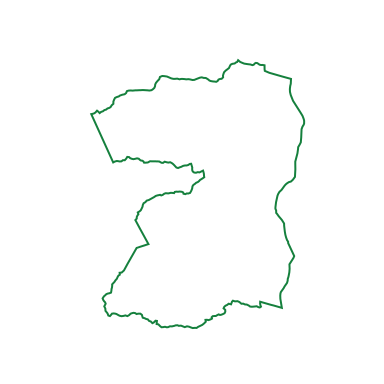 Parambu, Ceará, Brazil (orthographic projection), rotated 196°
{"feature_id": "56859067B29011141793469", "entity_name": "Parambu", "entity_type": "district", "adm_level": 2, "iso_a3": "BRA", "parent_name": "Brazil", "parent_adm1": "Ceará", "projection": "orthographic", "projection_center": [-40.595, -6.298], "detail": "fine", "context": "isolated", "style": "outline", "palette": "green", "viewbox_px": 384, "rotation_deg": 196, "n_neighbors": 0, "source": "geoboundaries", "source_scale": "gbopen_adm2", "svg_char_len": 5333}
<svg xmlns="http://www.w3.org/2000/svg" viewBox="0 0 384 384"><g transform="rotate(196 192 192)"><path d="M104.0,282.6L103.8,285.3L103.2,287.4L103.1,288.7L103.8,291.3L104.5,292.6L105.5,294.0L106.8,295.7L109.5,298.2L120.0,307.5L123.8,312.4L125.4,315.2L126.3,317.9L126.8,320.9L126.9,323.3L128.0,328.0L136.7,327.9L150.5,327.9L155.4,328.5L156.1,330.1L157.2,333.8L159.1,333.6L160.6,333.1L162.2,333.0L163.5,333.5L164.8,333.9L166.2,333.7L167.1,332.8L167.8,331.3L168.9,330.6L171.0,330.7L173.3,330.3L177.2,329.8L179.2,330.0L181.5,330.3L184.0,331.4L184.4,329.5L185.5,328.6L186.4,327.3L188.6,326.3L189.9,325.1L190.3,323.6L190.6,321.4L191.8,319.7L193.1,318.0L194.2,315.9L194.3,314.0L194.3,312.4L193.7,310.8L194.7,309.0L196.2,308.4L197.5,307.4L198.0,305.7L199.1,304.6L200.6,304.4L202.7,304.0L204.8,303.8L206.1,304.0L207.3,304.6L208.6,305.0L210.2,305.4L212.2,304.9L214.2,304.9L215.9,304.1L218.8,301.9L220.7,300.4L222.4,299.8L224.9,299.7L226.5,299.5L228.6,298.7L230.2,298.5L232.2,298.1L233.8,297.6L235.0,296.9L237.4,296.9L240.0,295.9L241.3,295.6L243.3,295.5L245.5,295.8L247.9,296.1L249.4,295.9L250.8,295.7L252.6,295.3L254.5,293.8L254.6,291.3L255.5,289.7L256.2,288.2L256.7,287.0L257.0,285.2L256.7,283.5L256.9,281.7L257.9,280.0L259.0,278.7L260.9,277.8L262.7,277.5L264.5,277.1L266.7,276.6L268.1,276.2L269.5,275.7L271.1,275.2L273.1,274.5L274.5,274.1L277.0,273.1L278.9,272.7L280.9,272.0L282.4,271.0L282.6,269.0L283.7,267.4L285.8,266.3L287.9,264.8L288.7,263.7L290.4,262.6L291.9,261.3L292.3,259.5L292.5,257.3L291.9,255.1L293.1,253.2L293.7,251.1L294.9,249.9L296.3,249.0L297.2,247.6L298.8,246.6L299.8,245.1L301.5,243.9L302.5,242.4L304.2,243.4L305.7,244.0L306.8,241.7L308.1,240.3L310.3,239.1L275.9,198.7L274.7,199.9L272.8,201.1L271.4,201.3L270.0,201.4L268.3,202.0L267.2,203.5L265.4,204.0L264.4,206.0L263.9,207.9L262.1,208.2L260.8,207.5L259.0,207.3L257.4,207.4L256.0,208.1L254.1,209.2L252.3,209.3L251.1,208.6L249.9,208.2L248.2,208.4L247.0,207.9L246.2,207.0L244.7,207.4L242.6,208.2L240.8,210.0L238.7,210.5L236.4,211.2L234.3,211.7L232.0,212.3L229.4,211.7L227.9,212.0L226.6,213.6L224.3,213.6L222.7,213.8L221.2,214.6L219.6,214.3L218.2,213.8L216.5,212.9L214.9,211.9L213.7,211.2L212.0,211.2L210.8,212.2L209.2,213.3L207.7,214.7L206.0,215.6L204.6,216.0L203.2,216.8L201.8,218.4L200.6,218.9L199.4,217.0L198.5,215.6L198.2,214.2L197.7,212.9L196.9,211.9L195.3,211.3L193.5,211.6L191.9,212.7L190.2,212.9L188.8,214.2L187.3,215.6L186.5,214.4L185.5,212.6L184.9,210.8L184.3,209.6L185.1,208.6L186.2,207.3L187.6,205.8L188.3,204.3L189.2,203.1L190.6,202.0L191.3,200.8L192.6,199.2L193.1,197.6L192.8,195.4L193.0,193.1L193.6,190.6L195.2,189.5L196.6,189.2L197.8,188.1L199.7,188.0L200.3,189.1L201.8,189.4L204.1,189.0L205.4,188.4L207.2,188.0L208.6,187.3L208.9,186.0L210.2,185.8L212.1,185.4L214.4,184.1L216.9,183.6L218.2,182.7L219.4,181.1L220.7,180.2L221.9,180.5L223.1,179.8L224.3,179.2L225.8,178.2L227.0,176.7L228.2,175.5L229.7,174.0L231.3,172.4L233.2,171.2L234.0,169.4L235.4,167.9L235.7,165.9L235.5,164.2L235.8,162.4L236.2,160.3L237.1,158.9L238.5,157.4L237.4,155.9L238.0,154.2L238.2,152.7L237.8,151.2L238.7,149.4L231.9,142.4L219.5,129.9L229.8,123.0L234.1,105.4L235.8,97.8L237.4,95.2L239.3,94.4L238.6,92.6L239.7,91.3L240.1,89.7L240.3,87.9L241.2,86.1L241.8,84.1L242.6,82.6L243.3,81.2L242.9,80.0L242.6,78.2L242.6,76.6L242.3,75.0L242.1,73.0L243.5,71.9L244.9,71.2L246.2,70.2L246.9,68.9L247.9,67.4L248.6,65.1L247.4,63.6L246.3,62.7L245.1,62.0L244.2,60.8L244.8,57.9L243.2,56.1L242.4,53.9L240.8,52.8L239.7,52.0L238.4,50.2L236.7,50.1L235.9,51.7L235.4,53.0L233.8,53.7L232.3,53.9L231.0,53.9L229.0,53.4L227.5,53.1L225.5,53.2L223.7,54.0L222.0,55.0L219.9,54.9L218.5,56.3L217.5,58.1L215.9,59.2L214.7,59.8L213.0,59.9L211.7,59.4L210.2,60.2L208.1,60.8L206.3,60.1L205.5,58.8L204.7,57.6L202.6,57.6L201.1,57.3L199.4,57.4L197.6,56.2L196.0,56.2L193.9,55.0L192.8,56.0L191.6,58.2L190.2,58.4L189.9,56.8L189.6,55.3L187.8,55.5L185.6,54.2L184.0,53.6L182.4,54.2L180.8,55.0L179.0,55.0L177.7,55.5L176.2,56.8L174.2,57.3L172.2,58.4L170.8,59.4L169.1,59.9L167.8,59.7L165.8,60.5L163.7,60.3L161.7,60.1L159.8,61.5L157.8,61.7L155.8,61.5L153.8,61.4L151.8,62.2L150.1,62.6L148.9,64.1L147.5,65.3L145.5,67.1L144.1,69.1L143.0,71.1L143.8,72.8L142.4,73.3L140.8,73.4L139.0,74.7L137.9,75.8L138.6,77.0L137.9,78.3L136.5,78.9L134.9,79.4L133.7,80.7L132.6,81.7L131.2,81.5L130.0,82.1L128.7,83.1L127.3,84.4L127.0,86.1L127.6,87.9L129.6,88.9L129.3,90.6L128.4,92.0L127.0,93.2L126.0,94.7L123.5,94.8L123.3,97.6L122.7,98.8L120.6,98.7L118.1,99.6L116.1,99.3L113.7,98.2L112.0,98.8L110.1,98.5L108.3,98.9L106.1,98.5L104.6,97.9L102.8,98.2L101.5,98.7L100.2,99.2L98.3,100.0L96.5,99.6L95.0,99.7L94.1,100.8L95.1,102.1L95.8,103.6L96.2,105.3L93.9,105.3L84.8,105.3L82.2,105.4L73.7,105.4L77.6,113.6L78.6,116.7L79.0,118.8L79.0,120.3L77.4,124.8L77.0,126.7L75.6,130.8L75.6,133.1L76.0,134.9L75.9,136.8L76.0,138.4L76.3,141.6L77.0,145.1L78.4,149.4L76.3,156.6L76.1,158.6L84.0,167.7L85.5,169.4L85.9,170.7L87.4,172.0L89.0,174.2L90.5,176.7L91.9,179.6L94.1,184.9L94.8,187.1L97.9,189.9L102.1,192.7L104.2,194.4L105.3,195.1L106.0,197.4L107.2,198.9L107.6,200.4L108.4,205.4L108.8,212.0L108.6,213.9L108.0,216.2L106.5,218.7L104.7,223.7L103.9,225.3L103.0,226.6L101.6,228.2L99.8,229.3L98.4,231.6L97.2,234.9L98.9,242.3L100.5,247.6L101.1,249.7L101.3,258.2L101.9,262.5L102.3,264.4L101.6,267.1L101.1,269.7L102.0,274.3L104.0,282.6Z" fill="none" stroke="#15803d" stroke-width="2"/></g></svg>